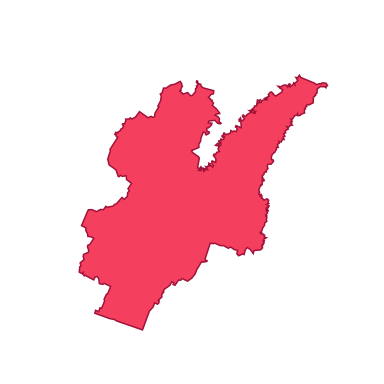 Kota Bekasi, Jawa Barat, Indonesia, rotated 199°
{"feature_id": "22746128B54763839112631", "entity_name": "Kota Bekasi", "entity_type": "district", "adm_level": 2, "iso_a3": "IDN", "parent_name": "Indonesia", "parent_adm1": "Jawa Barat", "projection": "orthographic", "projection_center": [106.96, -6.285], "detail": "fine", "context": "isolated", "style": "filled", "palette": "rose", "viewbox_px": 384, "rotation_deg": 199, "n_neighbors": 0, "source": "geoboundaries", "source_scale": "gbopen_adm2", "svg_char_len": 6117}
<svg xmlns="http://www.w3.org/2000/svg" viewBox="0 0 384 384"><g transform="rotate(199 192 192)"><path d="M193.9,45.5L193.5,65.5L191.3,70.7L191.3,75.0L188.1,74.7L187.3,76.0L187.4,78.2L188.7,78.7L186.3,82.9L187.3,85.5L186.2,87.8L187.0,88.4L186.4,89.1L186.9,90.5L182.6,96.4L182.0,100.4L179.8,100.3L179.8,98.4L177.7,98.3L176.0,104.4L173.9,104.9L173.4,106.9L167.1,106.3L164.2,110.4L162.4,115.5L162.2,120.1L160.2,129.4L158.8,129.2L155.4,131.1L155.4,132.0L157.8,132.1L158.1,149.5L155.1,150.0L154.1,151.0L147.7,150.5L144.7,151.6L139.5,150.6L137.5,152.5L133.3,151.3L129.9,151.6L129.5,148.2L127.2,146.9L123.8,149.9L122.4,149.8L122.7,154.7L121.7,157.4L118.3,156.7L114.0,153.7L114.3,156.9L108.3,159.6L107.1,162.2L108.5,163.7L107.9,163.9L108.3,165.4L107.5,165.5L107.4,167.7L108.0,167.7L107.8,169.6L108.8,169.4L108.6,171.0L106.9,172.9L108.7,172.7L109.3,174.8L109.9,174.5L110.6,175.4L112.4,174.8L112.7,176.1L113.9,175.3L114.4,176.1L113.3,178.1L113.5,180.3L112.6,184.4L113.2,186.3L111.7,188.7L112.5,189.2L113.0,192.7L114.3,193.2L113.7,194.0L114.9,194.5L113.8,196.6L114.4,197.7L113.5,199.6L115.1,198.3L115.1,199.5L116.7,198.8L114.9,200.3L115.6,201.5L116.1,200.3L116.5,201.0L115.8,202.3L114.8,202.3L114.6,204.0L117.4,204.5L115.7,206.2L116.8,206.8L116.8,209.2L118.9,210.0L121.2,207.7L123.4,209.0L124.3,208.8L124.7,211.1L126.2,210.3L125.9,212.2L127.7,211.5L128.4,212.1L127.9,213.7L129.6,215.8L129.3,221.0L128.4,220.9L128.1,222.2L128.8,223.4L128.5,225.0L129.3,225.6L127.4,226.3L128.4,227.5L130.0,227.6L129.6,228.3L130.9,229.9L129.8,231.8L129.9,234.3L128.2,235.2L128.8,236.5L127.8,238.9L129.4,241.2L129.2,242.9L126.1,244.2L124.9,247.7L125.6,248.7L127.5,248.6L128.5,251.7L128.2,254.1L126.6,256.7L126.1,260.1L126.6,261.6L125.0,262.3L126.7,264.8L125.3,266.6L126.5,268.1L123.9,268.3L123.6,271.4L122.0,271.6L123.7,273.7L122.3,275.0L124.4,276.9L122.7,278.5L123.8,280.3L121.4,282.9L123.6,284.7L121.6,284.9L120.5,287.3L119.0,287.8L120.4,288.7L120.0,289.6L121.4,290.1L120.3,291.5L122.4,293.1L120.7,293.7L119.9,297.3L117.8,299.0L117.6,300.3L116.8,298.6L114.6,299.7L114.2,301.0L111.3,303.3L112.6,306.4L111.7,307.5L112.6,308.3L112.2,309.6L111.3,310.1L112.0,311.1L111.3,312.3L109.9,312.3L106.5,315.7L108.0,321.1L106.5,323.8L107.3,324.7L106.0,326.0L107.1,330.4L104.9,333.4L101.0,334.7L99.3,334.2L99.5,335.5L98.5,336.7L100.6,338.5L104.4,337.6L105.3,336.1L106.2,336.3L109.4,334.0L111.5,334.8L126.5,335.7L128.5,337.4L129.2,334.5L131.1,334.1L128.3,331.9L130.1,328.4L129.6,326.9L131.4,328.2L131.4,326.8L133.3,323.4L134.2,323.5L134.2,325.8L134.8,326.1L135.6,325.4L135.7,322.5L137.0,323.7L139.2,323.4L140.8,322.4L141.8,320.6L145.0,320.0L142.3,318.6L139.6,318.4L139.8,315.4L144.2,309.9L147.6,311.1L147.3,311.5L149.4,312.5L150.5,311.8L151.6,308.9L150.3,307.7L153.8,304.2L152.5,304.1L151.4,305.3L151.2,303.3L153.1,303.1L155.7,301.3L155.9,299.0L157.4,298.9L157.5,301.3L158.8,300.3L160.1,300.4L159.6,297.6L158.2,297.7L159.4,296.3L158.9,294.8L161.0,293.5L160.6,292.3L162.3,289.6L160.9,289.7L159.2,288.1L158.0,288.9L158.1,286.8L162.2,287.0L161.1,288.6L164.3,287.6L162.9,287.1L162.6,286.2L165.2,283.1L165.4,281.7L166.7,280.7L168.7,281.5L169.1,280.9L168.7,279.8L166.2,278.3L166.6,277.1L168.6,275.3L170.3,277.9L171.2,275.7L170.3,274.2L168.8,274.6L166.3,268.8L172.0,269.1L172.1,267.7L170.0,267.0L169.7,263.6L172.4,263.3L173.1,262.1L175.2,262.8L174.9,260.2L178.2,257.5L179.0,257.8L180.4,257.1L180.7,258.2L181.2,258.0L181.0,255.4L182.0,254.6L180.6,253.7L179.4,255.0L179.2,252.3L180.4,251.2L181.9,251.7L181.6,249.9L183.3,249.0L182.0,246.5L180.9,248.2L179.9,245.7L180.6,245.0L183.7,246.2L185.0,243.8L181.2,244.1L181.4,241.0L179.2,239.2L181.5,237.6L182.0,235.0L183.4,235.1L183.6,233.4L180.2,231.2L179.2,227.7L183.0,228.0L183.3,227.3L182.0,224.7L180.2,223.9L180.6,222.2L182.5,223.1L184.1,222.5L183.8,224.6L185.5,224.7L185.0,223.0L185.6,220.7L187.4,220.5L184.7,218.2L187.9,218.2L186.7,216.9L187.5,215.3L188.7,217.3L191.8,218.8L192.2,217.6L190.6,216.6L191.2,215.3L189.6,215.5L192.9,214.5L192.4,216.7L194.6,216.6L196.1,226.5L197.4,227.5L204.6,229.6L205.8,231.0L200.0,236.4L201.2,239.7L200.4,242.6L201.1,246.0L200.8,252.2L198.6,252.7L198.0,250.8L197.1,250.6L195.0,252.9L195.1,254.3L197.8,254.6L198.9,257.2L197.2,258.1L195.5,261.6L195.5,263.5L199.2,262.7L199.2,264.6L193.7,267.2L190.1,265.3L187.4,265.6L186.9,266.5L189.3,267.3L189.9,270.1L191.9,271.7L195.2,272.1L194.5,273.6L191.3,275.2L191.8,275.8L195.7,278.4L201.0,280.6L200.6,283.0L202.7,284.3L202.7,285.3L204.6,285.2L204.9,286.1L207.2,286.6L205.8,290.3L203.7,291.9L204.4,294.9L215.1,294.1L218.0,295.0L218.6,296.6L221.6,296.6L222.8,298.6L223.7,298.7L223.6,297.2L221.1,295.6L222.3,293.6L221.3,292.8L222.3,290.7L221.4,288.1L223.2,283.3L224.9,282.6L228.5,284.6L232.6,281.5L233.5,282.5L236.4,283.4L235.5,284.7L236.2,285.1L235.6,289.1L236.5,289.5L237.1,291.3L239.3,292.7L243.4,288.3L247.2,286.1L250.4,281.7L252.8,281.0L252.5,276.1L253.9,274.3L252.3,272.7L251.4,268.1L252.2,262.1L251.1,261.9L252.7,254.3L251.8,250.9L253.2,249.9L255.4,250.2L257.7,247.9L267.8,250.9L269.8,244.5L272.5,241.5L274.5,242.0L275.1,240.6L278.4,239.3L277.9,238.8L277.9,234.5L279.7,234.0L279.9,233.3L278.2,232.1L278.4,229.8L279.5,228.7L280.1,226.0L281.4,225.0L281.5,223.4L283.6,223.6L283.7,221.2L282.2,221.1L281.6,219.8L280.0,219.6L283.4,205.7L282.6,204.4L282.4,195.8L279.3,190.7L271.1,188.2L266.9,182.8L265.8,182.8L265.0,184.5L262.7,184.1L259.6,186.0L257.9,182.4L252.0,180.5L253.6,174.2L251.7,172.8L252.6,170.3L251.7,166.8L253.6,163.1L256.4,164.1L259.7,156.1L261.3,155.0L262.0,153.0L267.4,149.9L268.8,150.4L270.0,146.4L272.9,145.7L275.9,142.3L280.7,142.8L284.1,141.5L284.4,140.4L285.5,124.2L280.6,123.6L280.0,121.2L277.0,118.2L276.0,116.1L272.9,116.8L269.8,116.3L271.5,109.2L273.2,107.7L273.0,106.2L270.6,103.0L270.4,101.2L274.2,97.7L273.9,95.6L272.1,93.0L274.7,88.5L272.9,85.9L273.8,84.7L272.5,79.5L269.1,79.0L268.5,81.6L268.9,79.1L266.6,77.7L266.0,78.4L256.3,76.9L256.0,80.0L253.9,81.3L251.6,79.1L249.8,75.2L246.4,75.6L245.2,77.0L238.2,76.2L238.6,68.1L239.6,67.6L240.2,61.9L239.3,61.0L239.2,59.1L239.6,52.6L241.3,52.5L241.3,48.5L244.6,48.8L244.4,45.7L228.3,45.5L224.2,46.2L220.6,45.5L193.9,45.5Z" fill="#f43f5e" stroke="#9f1239" stroke-width="1.5"/></g></svg>